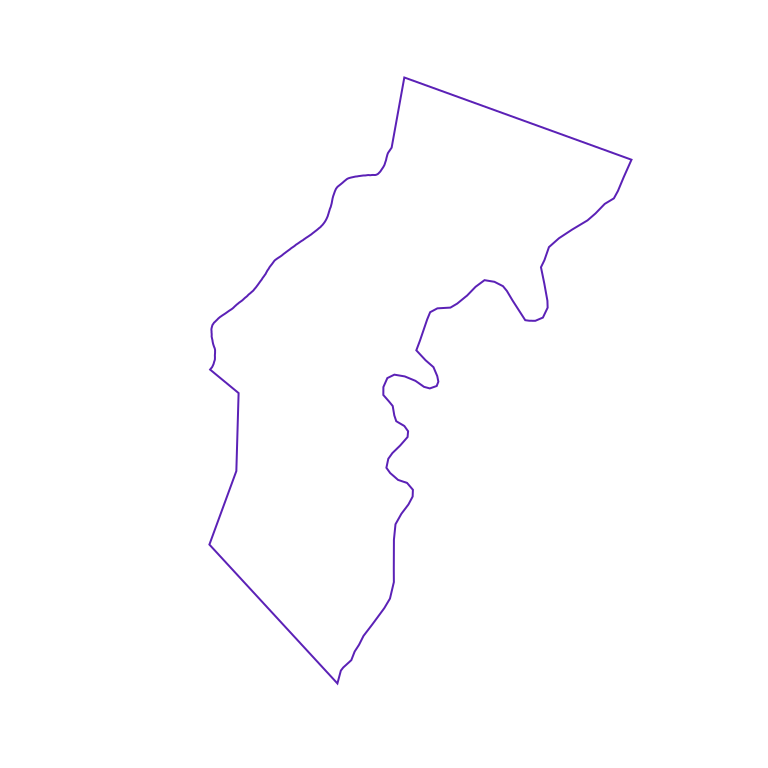 the district of Dupre, Choiseul, Saint Lucia, rotated 15°
{"feature_id": "8701671B17247241487473", "entity_name": "Dupre", "entity_type": "district", "adm_level": 2, "iso_a3": "LCA", "parent_name": "Saint Lucia", "parent_adm1": "Choiseul", "projection": "albers", "projection_center": [-61.03, 13.794], "detail": "fine", "context": "isolated", "style": "outline", "palette": "violet", "viewbox_px": 768, "rotation_deg": 15, "n_neighbors": 0, "source": "geoboundaries", "source_scale": "gbopen_adm2", "svg_char_len": 3979}
<svg xmlns="http://www.w3.org/2000/svg" viewBox="0 0 768 768"><g transform="rotate(15 384 384)"><path d="M565.0,103.3L325.7,82.8L324.3,82.7L330.2,153.7L328.1,159.7L327.9,161.4L327.9,162.8L327.9,163.9L327.9,165.3L328.0,166.6L328.0,167.7L327.9,168.8L327.8,171.2L327.7,172.5L327.4,173.7L327.1,174.9L326.6,176.3L326.1,177.7L325.7,179.0L325.2,180.2L324.5,181.4L323.9,182.5L323.0,183.4L321.9,184.2L320.8,184.6L319.3,184.9L318.1,185.3L316.7,185.9L315.4,186.1L314.3,186.4L312.9,187.0L311.7,187.5L310.5,187.8L309.2,188.3L307.8,188.9L306.6,189.4L305.4,189.9L304.2,190.5L303.0,190.9L301.8,191.5L300.7,192.1L299.3,192.8L298.2,193.4L296.7,194.3L295.8,195.0L295.0,195.8L294.3,196.8L293.5,197.9L292.8,198.9L292.1,200.0L291.4,201.0L290.1,202.8L288.9,204.4L288.1,205.5L287.6,206.6L287.1,207.9L286.9,209.2L286.7,210.4L286.6,211.7L286.5,213.1L286.4,214.4L286.3,215.5L286.3,216.8L286.3,218.1L286.4,219.3L286.5,220.7L286.6,221.8L286.7,223.1L286.7,224.4L286.7,225.6L286.7,227.0L286.5,228.2L286.4,229.4L286.4,230.6L286.3,232.6L286.3,233.9L286.2,235.2L286.2,236.5L286.0,237.7L285.8,239.0L285.5,240.4L285.2,241.6L284.8,242.9L284.3,244.2L283.8,245.4L283.3,246.5L282.6,247.6L282.0,248.9L281.1,250.0L280.3,251.2L279.6,252.2L278.8,253.3L278.0,254.3L277.2,255.4L276.4,256.4L275.6,257.5L274.8,258.6L273.9,259.6L272.9,260.8L272.0,261.8L270.9,263.0L270.1,264.0L269.3,264.9L268.6,265.9L267.5,267.0L266.6,268.0L265.7,269.1L264.6,270.4L263.7,271.4L262.8,272.4L262.1,273.5L261.2,274.6L260.6,275.3L259.6,276.4L258.6,277.7L258.1,278.5L257.2,279.5L256.3,280.7L255.6,281.5L255.1,282.2L254.4,283.1L253.5,284.2L252.8,285.2L252.1,286.2L251.3,287.2L250.5,288.1L249.5,289.2L248.6,290.2L247.7,291.3L246.8,292.4L246.2,293.4L245.7,294.7L245.2,296.0L244.7,297.3L244.2,298.4L243.7,299.6L243.2,300.8L242.9,302.0L242.5,303.3L242.0,304.5L241.7,305.9L241.4,307.0L241.2,308.2L240.6,309.7L240.2,310.9L239.7,312.1L239.2,313.4L238.9,314.6L238.4,315.8L237.9,317.0L237.5,318.1L236.9,319.7L236.3,321.3L235.8,322.5L235.3,323.8L234.7,325.0L234.1,326.3L233.6,327.5L232.9,328.6L232.1,329.7L231.5,330.7L230.6,331.9L229.9,332.9L229.2,334.3L228.4,335.5L227.6,336.5L226.9,337.6L226.1,338.9L225.4,340.0L224.5,341.1L223.6,342.2L222.7,343.3L222.0,344.4L221.2,345.4L220.4,346.7L219.6,347.9L219.0,349.0L218.2,350.2L217.4,351.2L216.4,352.3L215.5,353.3L214.5,354.5L213.6,355.6L212.7,356.7L211.9,357.6L210.9,358.7L210.0,359.7L209.1,360.8L208.3,361.7L207.6,362.7L206.9,363.7L206.3,364.9L205.5,366.2L204.7,367.6L203.9,368.8L203.6,369.9L203.1,371.1L203.0,372.2L203.0,373.4L203.0,374.5L203.1,375.8L203.4,376.7L203.8,377.8L204.1,378.9L204.6,380.2L204.9,381.3L205.2,382.7L205.8,383.9L206.3,384.9L207.0,386.2L207.5,387.4L208.1,388.6L208.7,389.7L209.4,390.8L210.2,392.0L211.0,393.0L211.6,394.0L212.1,395.1L212.4,396.3L212.8,397.8L213.0,399.0L213.3,400.4L213.7,401.6L214.0,402.8L214.3,404.0L214.3,405.3L214.2,406.4L214.2,407.6L214.2,408.8L214.0,410.0L213.8,411.2L213.5,412.5L212.8,413.8L212.3,415.1L245.9,430.4L263.9,506.3L256.9,584.3L416.5,685.3L416.5,683.2L416.5,672.0L418.0,668.4L423.9,659.2L424.9,650.0L427.4,642.3L429.4,632.6L434.9,619.3L442.3,600.4L445.3,589.7L444.8,572.8L441.3,560.0L437.8,546.7L433.9,531.9L431.4,516.5L434.4,504.8L438.8,494.0L440.8,485.3L439.3,478.7L431.9,473.6L422.4,473.0L413.0,468.4L408.0,464.3L407.5,455.1L410.0,448.5L415.5,439.3L420.5,429.1L419.5,423.4L414.5,419.3L405.5,416.8L402.1,411.7L398.1,403.0L393.1,399.4L386.2,394.8L384.2,387.1L385.7,377.4L391.6,372.3L402.1,371.3L413.5,372.8L423.4,376.4L429.4,376.4L435.4,372.3L435.9,367.7L433.4,362.6L427.4,354.9L418.0,350.3L406.5,343.1L407.5,332.9L409.0,310.4L410.0,302.7L416.0,297.1L428.4,293.0L433.9,287.4L440.3,278.5L441.3,277.2L447.3,266.4L454.2,257.7L464.2,256.7L473.6,258.7L478.6,262.3L486.5,270.0L503.9,285.8L507.9,285.3L513.8,283.8L520.3,278.7L522.3,267.9L520.3,261.3L512.8,245.4L505.4,230.6L506.9,222.9L507.9,209.1L515.3,197.9L525.8,186.1L538.2,173.3L544.1,164.6L550.6,152.9L558.0,145.2L560.0,137.0L562.0,122.2L565.0,103.3Z" fill="none" stroke="#5b21b6" stroke-width="2"/></g></svg>